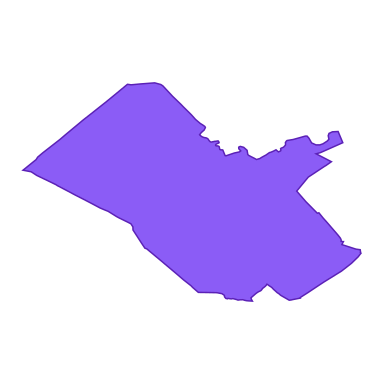 Aknīste, Aknistes, Latvia (Robinson projection)
{"feature_id": "27541924B22014355946126", "entity_name": "Aknīste", "entity_type": "district", "adm_level": 2, "iso_a3": "LVA", "parent_name": "Latvia", "parent_adm1": "Aknistes", "projection": "robinson", "projection_center": [25.749, 56.161], "detail": "fine", "context": "isolated", "style": "filled", "palette": "violet", "viewbox_px": 384, "rotation_deg": 0, "n_neighbors": 0, "source": "geoboundaries", "source_scale": "gbopen_adm2", "svg_char_len": 3588}
<svg xmlns="http://www.w3.org/2000/svg" viewBox="0 0 384 384"><path d="M198.4,292.4L206.4,292.5L216.9,292.7L222.0,293.7L224.4,295.4L224.5,296.8L225.8,298.4L227.4,298.8L227.9,298.4L229.8,298.7L231.3,298.9L232.9,298.6L236.7,299.6L238.0,300.1L240.2,299.8L241.3,299.8L242.8,299.7L244.6,300.3L246.5,300.7L248.8,300.9L252.4,301.1L251.3,299.1L251.0,297.8L255.7,293.7L257.3,292.5L258.8,291.6L260.0,291.1L261.0,290.5L261.8,289.6L262.5,288.5L263.8,287.5L265.4,286.2L266.2,285.3L266.9,284.2L267.3,284.4L268.2,285.0L269.1,285.7L270.2,286.4L270.7,286.7L271.8,287.5L272.0,287.7L272.3,288.0L273.3,289.1L273.7,289.5L275.2,290.8L276.7,292.2L277.4,292.8L278.6,293.5L279.2,294.0L279.3,294.1L279.9,294.6L280.3,295.0L281.0,295.5L289.2,300.2L291.0,300.0L292.7,299.6L300.3,298.1L300.1,297.7L301.8,296.5L307.8,292.7L318.6,285.5L324.1,281.9L341.5,271.1L351.5,263.3L358.2,256.8L358.8,256.0L359.4,255.2L361.0,253.2L360.4,252.4L360.6,252.2L360.2,249.7L358.6,249.5L355.9,249.1L341.9,244.6L343.0,242.4L343.4,241.6L343.2,241.6L341.1,241.4L341.2,240.2L340.9,239.2L340.2,237.9L338.0,235.1L327.3,222.7L323.1,218.0L318.9,212.8L317.3,213.2L306.7,202.5L305.9,201.7L296.7,191.1L308.3,177.1L324.6,166.3L325.7,165.7L331.4,161.7L316.1,153.8L320.5,152.6L342.8,142.7L338.1,131.5L332.4,131.8L329.0,133.4L328.2,135.7L328.9,139.2L327.3,141.0L323.0,143.8L319.8,144.9L316.0,144.9L311.6,142.9L308.9,138.1L307.1,136.1L306.3,136.1L305.2,136.1L299.6,137.7L293.1,139.5L287.1,140.5L286.4,141.0L285.4,142.6L285.5,143.4L285.5,144.9L285.2,145.4L283.5,147.2L282.1,147.8L281.2,148.1L280.6,148.7L280.9,150.0L280.6,150.9L278.4,151.9L276.0,149.8L273.3,151.2L270.9,152.2L269.4,152.6L266.0,155.0L263.0,156.6L261.4,157.5L259.9,158.5L258.2,159.0L256.5,159.5L254.4,158.3L254.0,158.1L251.0,156.6L248.6,155.3L247.7,154.4L247.7,153.7L247.4,152.2L247.1,150.3L243.7,147.3L240.3,146.4L239.2,146.8L238.9,147.0L238.7,147.3L238.8,148.8L239.9,150.0L240.7,150.9L239.4,151.9L234.3,153.0L226.3,155.7L225.4,155.7L225.1,155.6L224.9,155.1L222.8,150.0L222.7,149.9L222.4,149.9L220.9,149.8L220.3,149.7L219.8,149.4L219.7,148.8L219.1,146.5L217.9,145.9L216.4,145.9L215.9,145.7L215.7,145.6L215.6,145.4L215.6,145.0L215.9,144.4L216.0,144.3L217.5,143.5L217.9,143.3L218.1,143.2L218.6,143.1L219.0,142.8L219.1,142.3L219.0,142.1L218.8,141.9L218.7,141.8L218.5,141.4L218.2,141.0L218.1,140.9L216.8,141.1L216.2,141.2L215.7,141.3L214.9,141.3L213.8,141.5L213.2,141.7L212.7,141.7L212.2,141.9L211.8,142.0L211.1,142.0L210.6,141.9L210.2,141.7L209.8,141.3L209.3,140.8L208.9,140.3L207.9,138.8L207.6,138.6L207.3,138.4L206.8,138.2L206.5,138.0L206.2,137.9L204.0,137.5L203.6,137.4L203.2,137.2L202.3,136.9L201.4,136.3L200.9,136.0L200.4,135.4L200.1,135.3L199.6,134.7L201.2,132.7L203.4,130.7L204.1,130.1L205.4,127.6L204.9,126.5L202.8,125.0L200.2,123.4L195.5,119.4L191.4,114.8L183.3,106.8L181.3,104.7L172.4,96.1L162.9,85.9L160.8,84.5L154.9,82.9L154.1,82.9L139.7,84.0L136.6,84.3L131.1,84.8L127.5,84.3L127.1,84.6L122.0,88.8L112.2,96.9L108.9,99.6L106.8,101.3L106.5,101.6L106.1,101.9L96.1,109.8L90.8,114.0L85.7,118.0L82.4,120.6L79.7,122.9L74.5,127.2L66.7,133.7L64.9,135.2L60.0,139.4L42.8,152.8L37.7,157.1L37.4,157.5L37.2,157.9L36.1,159.6L32.5,162.5L23.0,170.2L31.2,171.8L36.7,175.4L56.2,184.8L57.3,185.6L66.7,190.5L75.5,195.2L88.4,201.8L100.1,208.0L100.8,208.3L105.3,210.2L108.1,211.3L116.6,216.6L119.4,218.1L128.2,222.4L130.9,223.8L132.9,226.9L133.0,230.0L137.5,236.9L141.5,243.1L144.9,248.2L146.7,248.8L149.9,251.5L152.2,253.4L155.9,256.5L160.0,259.9L162.3,261.8L164.6,263.8L176.6,273.9L183.7,280.0L191.1,285.8L192.6,287.4L198.1,292.2L198.4,292.4Z" fill="#8b5cf6" stroke="#5b21b6" stroke-width="1.5"/></svg>